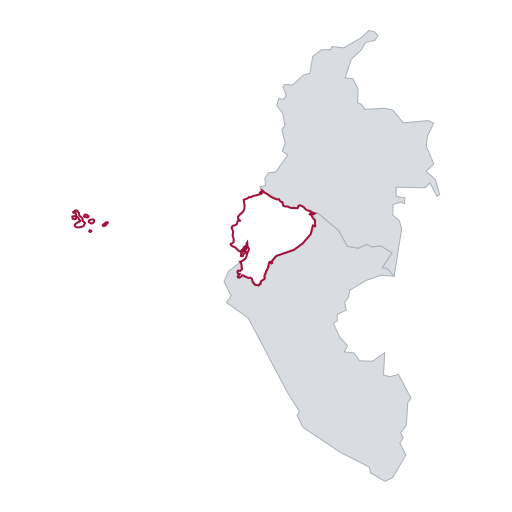 Ecuador shown with its bordering countries
{"feature_id": "ECU", "entity_name": "Ecuador", "entity_type": "country or territory", "adm_level": 0, "iso_a3": "ECU", "parent_name": "South America", "parent_adm1": "", "projection": "albers", "projection_center": [-81.617, -1.768], "detail": "fine", "context": "with_neighbors", "style": "outline", "palette": "rose", "viewbox_px": 512, "rotation_deg": 0, "n_neighbors": 2, "source": "natural_earth", "source_scale": "50m", "svg_char_len": 6069}
<svg xmlns="http://www.w3.org/2000/svg" viewBox="0 0 512 512"><path d="M394.1,276.1L380.8,275.3L366.7,280.2L349.7,290.2L348.6,297.1L344.8,302.2L346.2,310.2L337.3,314.4L337.3,320.6L333.3,323.3L339.4,336.6L347.5,345.6L344.3,351.9L354.1,352.9L359.6,360.8L372.5,361.2L384.7,352.7L383.5,375.0L390.1,376.7L398.4,374.3L410.9,398.0L407.7,402.9L406.4,425.5L400.6,432.6L403.2,438.0L399.8,442.9L405.9,455.0L392.6,477.7L385.0,481.3L370.5,472.9L369.3,467.1L340.4,452.4L303.1,427.5L297.1,415.5L299.5,411.3L287.2,392.1L248.3,318.1L226.4,302.4L231.2,295.8L224.0,281.7L228.6,271.4L240.4,262.0L242.2,268.2L238.0,271.7L238.4,277.1L250.4,277.6L256.6,285.1L265.0,279.0L267.8,269.0L276.9,256.2L294.7,250.4L310.9,235.0L315.5,225.4L313.5,214.1L317.5,212.7L338.8,230.7L347.4,246.3L358.4,248.2L366.6,244.3L371.9,247.0L380.8,245.8L392.1,252.8L382.4,267.8L386.8,268.2L394.1,276.1Z" fill="#d9dde1" stroke="#a8b0b8" stroke-width="1"/><path d="M439.7,194.5L436.9,196.3L430.0,182.8L425.1,187.8L396.2,187.2L396.2,196.4L404.9,198.0L404.4,203.7L401.4,202.1L393.0,204.5L392.8,215.2L399.4,220.7L401.6,229.2L394.1,276.1L386.8,268.2L382.4,267.8L392.1,252.8L380.8,245.8L371.9,247.0L366.6,244.3L358.4,248.2L347.4,246.3L338.8,230.7L317.5,212.7L313.5,214.1L300.0,205.6L295.7,208.0L283.2,205.9L279.6,199.5L262.0,191.3L260.0,186.7L265.5,185.6L264.9,178.2L268.4,172.8L275.8,171.9L287.8,154.9L282.3,151.4L285.1,142.9L281.8,129.5L285.0,125.7L282.7,113.3L276.7,105.5L278.7,98.4L283.5,99.5L286.3,95.2L282.9,86.6L284.7,84.5L292.4,85.0L303.6,74.9L309.8,73.4L312.8,56.4L321.4,49.8L330.8,49.6L332.0,46.6L343.7,47.9L361.4,37.6L368.7,30.7L374.0,31.6L377.9,35.4L375.0,40.2L365.4,42.6L361.5,49.7L351.3,59.1L345.2,77.8L352.9,78.8L358.0,88.7L357.8,103.0L361.5,104.3L365.0,109.4L384.2,108.2L392.8,110.1L403.2,122.8L428.5,120.6L433.7,123.2L427.5,135.9L426.2,146.4L433.8,164.0L426.1,171.2L435.4,179.7L439.7,194.5Z" fill="#d9dde1" stroke="#a8b0b8" stroke-width="1"/><path d="M314.9,213.4L314.0,214.0L313.2,214.0L312.0,214.2L310.4,213.7L309.8,213.7L309.7,214.2L310.8,214.8L311.8,215.5L312.1,216.6L312.8,217.9L314.2,219.4L315.1,220.1L315.2,220.6L314.9,221.5L314.8,222.3L315.3,226.0L315.0,226.2L314.4,226.2L313.8,226.2L313.4,225.8L313.0,225.5L312.8,226.1L312.3,227.7L311.4,231.3L310.5,234.5L309.4,235.6L307.9,237.4L305.8,239.8L302.8,243.4L300.5,245.0L298.8,246.3L296.7,247.8L294.0,249.7L291.0,250.8L286.9,252.3L283.9,253.3L281.8,254.1L279.5,254.8L276.5,255.8L275.4,256.8L273.5,259.2L272.6,260.3L271.7,261.3L271.6,261.7L271.7,262.0L272.1,262.5L272.1,263.0L271.6,263.3L271.1,263.3L270.9,263.1L270.7,262.5L270.3,262.0L269.7,261.8L269.4,262.0L269.3,262.5L268.6,264.9L268.5,266.1L268.2,266.5L268.2,267.6L267.5,268.6L267.1,269.4L266.9,270.2L266.3,270.7L266.1,271.5L265.5,273.2L264.8,274.6L264.4,275.7L264.3,276.6L264.6,277.2L264.8,277.7L264.4,278.5L264.3,279.2L263.4,279.6L261.7,280.7L261.0,281.4L260.7,282.3L260.9,283.0L260.8,283.6L260.0,283.8L259.7,284.3L259.1,285.2L258.5,285.5L256.9,285.0L255.7,285.0L254.7,284.6L253.7,283.3L252.9,282.2L252.2,280.8L252.0,278.8L251.1,278.3L250.2,277.6L249.1,277.8L247.9,277.9L247.2,277.4L245.4,276.6L243.9,275.7L242.8,275.2L242.0,275.4L241.5,276.0L240.5,277.0L239.2,277.7L238.6,277.7L237.8,277.2L237.7,276.7L238.3,275.8L239.7,273.9L238.2,273.9L237.7,273.3L237.6,272.6L237.4,271.9L237.6,271.0L238.4,270.5L239.6,270.9L240.4,270.9L240.9,270.1L241.5,269.7L242.0,269.4L242.2,269.0L241.7,267.7L241.5,267.0L241.7,266.6L241.7,265.7L241.6,265.1L241.3,264.6L241.3,263.8L241.0,263.3L240.9,262.9L240.9,262.3L240.5,262.0L240.1,261.8L240.4,261.6L242.5,260.8L243.4,260.1L244.5,259.4L245.4,258.4L246.1,257.4L247.5,252.7L248.9,249.8L248.7,248.4L247.6,246.5L247.3,243.7L247.4,242.9L247.3,242.2L246.5,243.4L246.7,247.5L246.0,249.3L245.1,249.8L244.5,249.5L244.8,246.5L244.1,247.0L243.0,249.0L241.2,250.6L241.1,251.1L240.7,251.7L239.3,251.1L238.3,250.5L234.8,247.1L232.5,246.4L231.1,245.2L230.8,244.7L230.7,244.0L232.1,243.3L233.5,242.3L233.7,240.2L233.6,238.6L232.6,235.8L233.1,232.1L232.8,230.6L231.6,227.6L232.5,226.0L235.7,224.9L236.8,224.2L237.5,221.7L238.2,220.3L239.7,220.9L240.8,220.8L239.3,220.3L238.0,218.1L237.8,217.1L240.2,214.1L241.5,213.3L243.0,211.7L244.3,209.3L244.6,205.6L244.1,202.9L243.7,200.0L244.5,199.3L246.4,198.9L248.0,198.0L248.8,197.1L250.7,197.3L252.9,196.0L256.4,195.3L261.3,193.8L262.4,192.5L261.9,190.2L262.4,190.5L263.7,191.6L264.6,192.7L266.0,193.4L267.1,194.0L270.0,196.2L272.0,197.4L274.1,198.4L277.2,199.5L279.1,199.3L279.5,200.1L279.9,201.0L280.6,201.5L281.7,202.0L282.3,202.1L282.5,202.3L283.2,205.4L283.6,205.9L285.1,206.4L287.0,206.6L287.8,206.5L289.4,207.4L290.6,207.8L292.0,208.1L292.9,208.2L293.3,208.1L293.5,207.7L294.2,207.8L295.3,208.2L296.9,208.3L297.9,207.9L298.1,207.3L298.2,206.2L298.5,205.8L299.7,205.2L300.3,205.3L303.3,206.7L303.9,207.2L304.6,208.2L306.0,209.6L307.6,210.5L309.9,210.9L312.2,212.4L314.9,213.4ZM77.9,211.8L78.8,212.8L79.4,215.5L82.4,218.3L82.7,219.9L82.5,220.7L82.6,221.0L84.1,222.1L85.0,223.3L83.5,226.1L80.1,227.3L76.6,227.3L75.9,227.0L74.9,225.9L74.7,225.0L75.3,224.1L77.1,222.7L79.9,221.4L80.2,220.5L79.1,219.6L78.3,217.7L76.5,216.5L75.6,212.6L75.0,212.4L73.8,212.9L73.2,212.5L73.1,212.2L74.4,211.3L74.7,210.7L76.6,210.4L77.4,210.9L77.9,211.8ZM91.9,223.5L91.1,223.5L88.8,222.1L88.9,220.7L89.9,219.8L92.8,219.3L94.1,220.1L94.0,221.8L93.0,223.1L92.2,223.3L91.9,223.5ZM243.0,255.6L242.7,256.2L241.3,256.2L240.9,256.0L240.9,255.3L241.2,253.2L241.6,252.4L242.8,251.5L243.7,251.1L245.0,251.2L246.3,252.0L244.7,253.4L243.9,253.6L243.5,253.7L243.0,255.6ZM75.7,219.0L74.2,219.3L72.9,218.8L72.4,218.0L72.3,216.9L72.4,216.5L75.2,216.0L76.1,217.0L76.1,218.5L75.7,219.0ZM105.5,225.5L103.7,226.1L103.1,225.8L102.7,225.5L102.7,225.2L103.6,224.2L104.6,223.7L105.4,222.7L106.9,222.1L107.4,222.2L107.7,222.4L107.8,222.8L107.3,223.6L106.4,224.2L105.5,225.5ZM88.3,217.1L87.6,217.5L84.8,217.0L83.9,216.2L84.6,215.0L85.2,214.5L86.9,214.9L88.6,216.2L88.3,217.1ZM90.6,231.9L90.0,232.0L89.2,231.3L89.8,230.2L90.5,230.5L91.0,230.8L91.3,231.2L90.6,231.9ZM261.2,193.1L260.3,193.2L260.0,192.5L261.0,191.7L261.3,191.6L261.2,193.1Z" fill="none" stroke="#9f1239" stroke-width="2"/></svg>